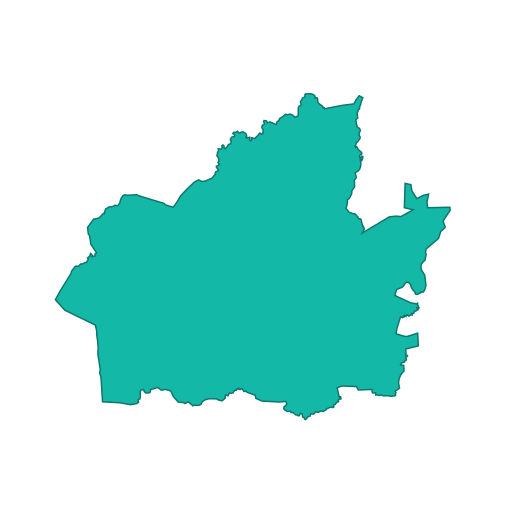 the district of Aizkalnes pag., Preilu, Latvia, rotated 196°
{"feature_id": "27541924B10227546219094", "entity_name": "Aizkalnes pag.", "entity_type": "district", "adm_level": 2, "iso_a3": "LVA", "parent_name": "Latvia", "parent_adm1": "Preilu", "projection": "mercator", "projection_center": [26.738, 56.2], "detail": "fine", "context": "isolated", "style": "filled", "palette": "teal", "viewbox_px": 512, "rotation_deg": 196, "n_neighbors": 0, "source": "geoboundaries", "source_scale": "gbopen_adm2", "svg_char_len": 6045}
<svg xmlns="http://www.w3.org/2000/svg" viewBox="0 0 512 512"><g transform="rotate(196 256 256)"><path d="M83.1,356.3L104.4,349.7L106.6,355.4L107.1,363.1L111.6,360.6L117.3,355.5L124.3,361.8L126.8,367.3L132.7,366.9L126.7,343.3L117.6,343.8L127.5,333.9L132.8,332.8L138.7,330.3L160.2,307.3L159.3,311.8L160.9,314.1L161.6,313.8L165.0,320.0L166.4,320.6L167.6,320.0L169.1,321.8L172.4,323.8L174.3,323.4L178.7,323.8L182.8,326.8L182.5,327.9L182.7,331.0L183.0,333.3L183.7,335.0L182.3,336.9L181.8,338.6L181.2,342.1L181.8,345.2L180.3,349.8L182.4,356.1L181.5,357.6L181.3,359.5L183.6,363.3L181.2,366.0L180.4,367.6L180.1,370.2L180.5,373.4L182.6,378.0L180.7,376.9L180.3,378.9L180.8,381.0L181.8,381.2L182.8,378.4L184.1,380.4L183.8,381.7L182.6,383.1L182.6,384.0L183.3,384.8L186.9,386.4L188.8,388.5L189.5,388.7L190.4,387.9L191.0,388.7L190.7,389.6L190.8,392.5L189.9,393.6L188.4,397.9L189.0,399.5L189.8,400.0L190.5,401.4L190.7,403.0L190.2,405.4L191.6,407.1L194.7,408.1L194.9,409.3L196.0,410.7L196.5,412.5L197.3,413.2L197.6,414.4L196.3,416.6L198.2,421.5L197.9,423.1L198.1,424.5L197.0,426.0L197.5,428.3L197.1,430.4L197.4,431.8L196.9,437.6L201.0,438.5L202.9,433.6L203.8,429.2L214.8,424.5L230.7,416.4L231.3,417.3L232.6,417.1L232.9,418.1L238.3,420.2L239.0,420.9L239.8,423.5L240.9,424.9L242.7,424.1L243.1,424.4L243.3,425.9L245.2,426.9L247.4,427.2L253.0,425.5L253.4,425.0L253.4,424.2L252.9,423.1L252.9,422.4L254.9,420.6L255.2,418.3L255.8,417.1L255.7,416.1L254.0,414.1L256.0,411.5L256.2,410.0L254.2,403.0L254.4,402.0L256.7,400.1L259.9,401.6L262.4,401.9L264.5,400.4L266.9,400.3L268.6,397.3L271.0,395.0L271.5,392.4L272.8,390.6L272.6,388.6L273.0,387.9L279.6,388.8L281.5,387.2L283.4,388.8L285.7,388.4L285.7,387.4L284.3,385.4L284.6,384.3L285.8,383.7L286.1,382.1L285.6,380.8L283.6,378.8L283.3,375.0L284.2,374.5L285.6,375.3L286.4,375.1L287.4,372.1L288.1,371.4L289.4,368.7L292.8,368.4L292.1,366.3L293.2,365.0L294.4,366.4L294.3,367.3L294.8,368.4L297.4,366.9L298.2,367.0L298.4,367.5L297.9,368.6L299.3,370.7L302.3,371.8L304.1,371.2L305.4,369.8L306.6,369.6L308.1,370.8L309.7,369.2L311.6,368.7L312.0,367.2L310.6,366.9L309.5,365.6L310.2,364.5L311.8,363.9L312.5,362.7L312.8,361.0L311.3,358.8L311.3,356.8L313.2,355.7L313.9,353.0L315.3,350.5L316.3,350.9L317.4,353.4L318.4,353.6L319.2,352.7L318.4,350.6L318.6,349.2L321.8,348.6L321.1,347.0L321.5,344.7L321.2,342.8L321.3,341.7L318.5,339.3L318.4,338.1L317.8,337.1L318.4,335.4L316.3,333.7L318.9,331.3L318.3,330.2L316.3,328.8L315.7,327.5L317.9,325.9L318.1,324.4L317.4,323.3L318.1,322.6L320.1,318.0L321.5,317.4L325.4,314.0L328.6,312.7L332.1,313.4L335.7,310.0L342.2,298.7L345.1,292.9L347.0,285.5L349.0,280.0L357.4,280.2L358.9,281.2L385.9,281.6L387.3,282.1L396.2,279.0L399.2,278.6L400.5,277.4L401.4,274.8L401.7,272.4L401.5,269.5L402.5,266.9L403.0,266.2L405.6,265.9L407.4,264.0L410.8,262.6L413.4,259.8L413.7,257.4L413.4,255.1L414.4,255.0L417.4,249.2L422.3,246.6L425.8,237.0L423.2,230.8L421.8,229.9L417.9,221.7L410.1,215.0L411.3,213.6L410.8,211.7L413.4,210.1L413.6,210.5L413.3,211.1L413.7,211.6L415.6,212.9L415.9,212.0L415.6,210.9L415.8,209.9L417.4,207.8L416.3,206.9L417.1,203.1L418.7,202.6L420.0,200.9L422.4,199.9L423.8,197.2L426.8,196.4L429.1,190.6L429.0,188.2L434.7,168.0L436.8,158.7L424.9,151.2L391.4,145.3L388.6,140.3L387.3,136.2L384.3,129.4L382.6,124.7L380.9,117.9L374.5,104.2L374.0,100.3L371.6,96.8L363.3,73.5L347.0,77.3L335.7,78.5L330.1,81.2L328.6,83.0L329.7,85.5L328.2,86.6L328.3,88.5L329.9,94.0L329.5,95.5L327.7,96.5L324.5,93.9L321.1,94.9L320.3,95.6L320.5,98.5L314.3,102.5L310.0,100.9L306.2,102.8L300.8,102.8L296.6,98.0L290.5,94.2L284.8,95.1L283.6,94.6L280.8,97.1L275.3,94.6L274.5,95.4L269.6,96.8L268.0,98.2L267.6,100.7L266.8,102.0L265.2,103.8L261.9,105.8L254.5,107.8L253.0,107.3L248.7,107.4L246.5,110.7L246.8,111.3L246.4,111.9L246.9,112.4L247.1,113.8L246.0,114.2L244.5,113.8L244.0,116.6L240.5,117.9L239.6,121.0L237.9,121.5L237.8,122.2L237.0,122.9L237.3,123.3L236.1,124.2L235.4,124.1L235.3,123.3L234.3,123.3L232.9,124.8L230.3,122.4L228.5,123.3L227.2,122.6L218.3,121.9L216.9,119.1L210.2,118.2L193.2,122.1L187.5,124.4L185.7,122.7L186.1,120.7L187.4,118.8L187.4,116.9L185.9,115.9L183.2,115.2L179.9,116.2L179.1,115.1L177.4,115.8L174.0,114.2L172.4,114.5L171.2,114.0L170.3,114.5L170.0,117.0L168.7,117.2L168.0,116.7L166.8,114.0L165.2,114.1L164.6,112.8L163.5,112.3L162.4,113.8L162.2,115.5L159.9,117.0L159.8,119.2L159.5,119.6L157.0,119.9L155.7,122.7L153.0,122.9L151.1,124.8L148.5,125.1L146.3,127.4L146.0,128.4L143.9,130.3L141.8,131.6L140.5,131.4L139.7,132.0L139.5,132.4L140.3,133.6L140.2,134.2L139.0,135.1L138.1,137.4L136.5,138.9L137.3,139.9L137.0,140.7L134.9,142.2L135.7,143.6L136.3,142.7L136.8,142.9L136.5,143.9L137.7,144.3L141.7,151.7L137.7,154.7L123.4,158.2L120.7,155.4L107.6,159.7L106.9,157.2L106.0,156.5L103.3,157.5L102.5,155.3L101.0,156.0L99.4,155.8L97.1,157.0L95.0,156.7L91.0,158.0L88.3,158.2L84.0,159.8L83.4,160.8L84.1,162.0L83.8,163.2L85.0,164.4L81.6,168.4L84.1,173.5L84.6,177.7L83.9,182.5L82.0,186.3L83.9,191.6L87.0,191.3L86.7,192.1L87.0,193.0L85.3,194.4L84.6,194.3L84.0,195.4L84.1,196.0L82.8,197.6L83.2,198.6L83.8,198.7L84.3,200.0L83.2,200.7L82.8,201.8L83.6,202.3L84.8,202.0L85.1,202.9L84.9,203.7L86.5,207.9L75.2,214.3L79.3,226.4L88.7,220.2L91.6,219.7L99.8,219.8L100.6,225.1L100.3,237.3L97.9,237.2L96.9,238.3L97.7,238.8L97.3,239.6L96.3,238.9L95.7,239.9L95.2,239.5L95.1,240.5L94.6,240.2L93.9,241.0L92.5,240.3L90.7,242.4L89.7,242.2L89.8,242.8L90.7,242.8L90.6,243.6L88.7,244.3L88.4,246.8L87.1,247.1L86.5,248.7L85.6,248.7L85.2,250.3L86.1,249.5L87.1,250.7L85.7,251.3L86.3,252.8L87.5,253.7L87.3,254.5L87.6,255.0L87.8,254.4L94.1,253.6L111.8,256.3L110.9,256.6L111.7,257.9L111.6,262.0L111.1,263.0L107.2,266.0L106.2,267.3L104.5,272.0L102.8,272.8L100.1,271.8L98.1,268.8L95.9,266.6L93.0,265.0L92.5,263.5L91.1,263.3L89.9,264.0L87.5,266.1L87.5,267.0L85.5,267.2L84.8,268.4L84.4,271.1L84.5,274.6L88.5,284.0L93.6,288.7L93.8,289.8L94.4,290.6L94.8,293.6L93.6,296.8L92.4,298.4L92.9,304.6L94.1,306.2L94.4,309.7L85.4,323.2L85.2,330.4L82.2,335.2L82.2,336.2L85.4,340.5L85.6,341.8L82.0,353.4L83.1,356.3Z" fill="#14b8a6" stroke="#0f766e" stroke-width="1.5"/></g></svg>